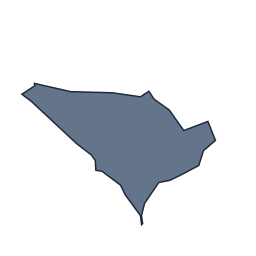 Union, Pennsylvania, United States of America, rotated 57°
{"feature_id": "52423323B12259701702978", "entity_name": "Union", "entity_type": "district", "adm_level": 2, "iso_a3": "USA", "parent_name": "United States of America", "parent_adm1": "Pennsylvania", "projection": "albers", "projection_center": [-77.037, 40.978], "detail": "fine", "context": "isolated", "style": "filled", "palette": "slate", "viewbox_px": 256, "rotation_deg": 57, "n_neighbors": 0, "source": "geoboundaries", "source_scale": "gbopen_adm2", "svg_char_len": 527}
<svg xmlns="http://www.w3.org/2000/svg" viewBox="0 0 256 256"><g transform="rotate(57 128 128)"><path d="M39.6,182.2L41.8,183.2L41.9,198.6L52.9,194.6L113.1,179.6L130.5,173.5L137.4,173.1L145.9,178.0L150.1,173.4L171.8,165.4L182.5,166.7L208.3,165.3L216.4,169.2L216.2,167.8L208.8,164.4L200.2,155.1L190.5,131.9L194.7,121.3L196.0,110.8L198.0,89.1L188.1,77.0L186.0,61.4L166.0,57.4L160.5,82.6L135.5,83.6L118.1,90.4L108.6,90.5L108.6,100.6L89.9,122.0L66.3,156.3L39.6,182.2Z" fill="#64748b" stroke="#1e293b" stroke-width="1.5"/></g></svg>